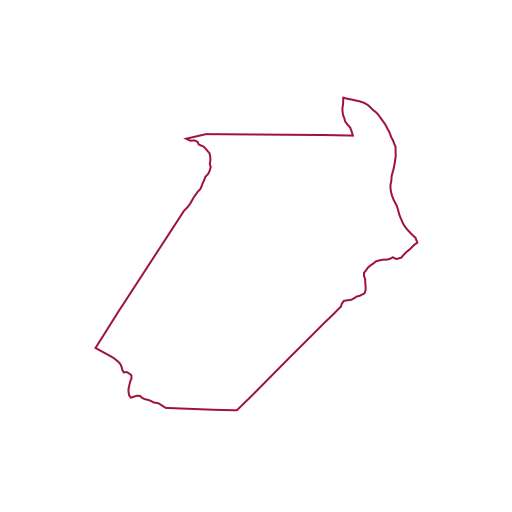 outline of Santa Izabel do Pará, Pará, Brazil, rotated 215°
{"feature_id": "56859067B15714421948478", "entity_name": "Santa Izabel do Pará", "entity_type": "district", "adm_level": 2, "iso_a3": "BRA", "parent_name": "Brazil", "parent_adm1": "Pará", "projection": "natural_earth1", "projection_center": [-48.143, -1.368], "detail": "fine", "context": "isolated", "style": "outline", "palette": "rose", "viewbox_px": 512, "rotation_deg": 215, "n_neighbors": 0, "source": "geoboundaries", "source_scale": "gbopen_adm2", "svg_char_len": 1964}
<svg xmlns="http://www.w3.org/2000/svg" viewBox="0 0 512 512"><g transform="rotate(215 256 256)"><path d="M131.5,359.4L135.6,362.3L142.0,363.3L144.7,363.9L147.3,364.4L149.9,365.2L153.1,366.4L156.3,368.2L162.0,371.8L165.3,374.6L169.5,377.9L175.6,381.0L179.0,383.3L182.0,385.8L184.6,388.5L186.7,391.5L188.1,394.9L190.8,399.4L192.0,402.7L193.0,405.6L194.9,410.1L197.3,415.0L199.1,418.3L201.5,421.5L204.3,425.5L207.0,427.1L210.3,429.4L213.1,430.7L218.3,434.3L220.8,435.3L223.2,436.7L225.8,438.0L234.1,440.9L237.6,442.1L240.6,442.6L243.7,442.7L247.4,443.4L251.0,443.8L255.1,443.5L259.9,442.1L267.9,438.8L270.8,437.4L275.3,435.8L271.6,430.0L269.7,426.1L267.7,423.7L265.7,421.5L262.7,419.5L260.2,417.4L256.4,416.1L252.6,415.3L249.3,413.0L245.7,410.2L268.8,394.7L336.9,347.8L355.2,335.2L366.9,327.1L380.5,312.0L376.0,312.7L372.7,315.4L369.4,316.0L366.9,314.5L361.6,315.6L358.9,315.0L353.0,313.5L350.1,310.7L348.4,308.4L346.7,305.0L344.2,303.0L342.8,299.1L342.3,295.8L342.9,291.7L342.0,288.7L341.5,285.3L340.6,282.0L340.0,278.4L340.6,275.3L340.6,268.1L339.9,260.9L340.1,256.7L340.9,252.0L339.6,213.9L338.9,192.7L337.1,141.2L336.9,132.6L336.3,121.5L334.7,88.6L314.5,90.8L308.3,90.4L305.5,89.8L302.4,88.0L300.1,86.0L297.6,84.8L295.3,86.8L292.3,87.0L289.7,86.8L287.7,84.2L287.1,81.1L284.4,74.4L282.6,71.7L280.0,69.1L277.2,68.2L275.5,70.5L273.4,73.2L270.7,74.9L268.0,74.4L264.8,75.0L262.0,76.2L259.0,77.0L255.9,77.3L251.5,79.4L242.8,79.8L201.8,106.2L183.2,118.6L179.2,139.7L170.1,193.0L163.6,229.3L162.8,234.1L161.9,239.2L159.1,253.4L158.4,257.9L157.4,263.2L158.3,266.1L158.3,269.7L152.9,274.7L151.5,277.4L150.2,280.6L148.2,282.9L145.7,287.6L146.7,291.0L148.8,294.0L150.8,296.3L153.2,299.6L156.0,301.5L157.9,304.2L157.6,307.5L157.7,310.7L156.7,314.3L155.6,317.1L154.7,320.4L152.3,323.3L149.5,326.2L146.7,328.1L144.7,330.4L143.2,333.4L139.3,334.0L136.1,337.9L135.6,342.6L135.0,345.9L133.9,349.5L132.8,355.9L131.5,359.4Z" fill="none" stroke="#9f1239" stroke-width="2"/></g></svg>